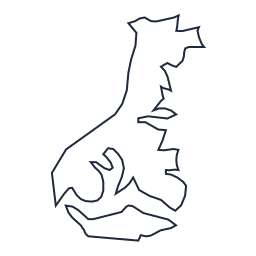 an SVG outline of Auckland Islands
{"feature_id": "NZL-5479", "entity_name": "Auckland Islands", "entity_type": "state/province", "adm_level": 1, "iso_a3": "NZL", "parent_name": "New Zealand", "parent_adm1": "", "projection": "albers", "projection_center": [166.127, -50.717], "detail": "fine", "context": "isolated", "style": "outline", "palette": "slate", "viewbox_px": 256, "rotation_deg": 0, "n_neighbors": 0, "source": "natural_earth", "source_scale": "10m", "svg_char_len": 1742}
<svg xmlns="http://www.w3.org/2000/svg" viewBox="0 0 256 256"><path d="M182.5,60.8L176.2,66.9L171.7,65.3L167.3,63.0L161.0,66.7L164.9,70.9L167.5,76.6L171.0,90.7L168.6,89.5L163.3,88.1L161.0,86.7L162.6,95.3L163.7,98.6L160.8,101.1L153.5,110.4L159.0,108.4L165.0,108.4L171.0,110.5L176.2,114.4L167.4,118.5L148.0,116.3L138.3,118.3L138.3,122.2L145.4,122.2L158.2,129.5L165.9,130.2L162.6,140.3L158.4,149.9L164.1,150.3L173.6,149.0L178.4,149.9L176.8,155.0L176.3,159.9L176.8,165.0L178.4,170.0L175.3,169.6L169.0,170.3L165.9,170.0L165.9,173.9L170.9,174.5L177.4,177.6L183.3,182.0L186.1,185.8L185.1,195.7L181.1,205.4L175.3,210.7L169.7,207.5L161.0,199.9L149.5,195.9L139.1,190.0L133.2,177.5L129.3,183.5L125.1,187.6L115.8,193.7L118.1,186.0L121.7,177.3L123.9,168.3L122.1,159.9L118.1,153.9L113.3,149.1L108.1,148.2L103.3,154.2L106.6,157.3L110.7,162.6L112.7,167.7L109.7,170.0L104.6,168.3L96.1,162.2L90.8,162.1L94.8,167.4L98.6,170.8L101.6,174.8L103.3,181.8L103.3,190.6L101.3,196.7L97.5,200.4L92.1,201.6L85.7,201.1L80.8,199.1L76.6,195.0L72.1,187.8L69.0,188.3L64.3,193.6L55.8,205.6L51.9,172.9L66.1,149.4L115.0,114.4L122.2,104.0L126.8,90.3L128.4,72.6L131.1,59.5L135.5,45.5L136.4,32.8L128.4,23.2L134.8,21.3L139.6,18.5L144.6,17.5L151.0,21.1L156.0,21.5L173.8,17.6L178.6,15.4L177.9,19.1L177.1,27.1L176.3,30.8L182.2,31.1L198.9,27.2L197.5,30.5L199.0,37.3L201.7,43.9L204.1,47.0L188.8,47.0L185.3,48.4L184.2,52.0L183.9,56.4L182.5,60.8ZM143.5,213.1L168.4,219.6L176.0,225.3L170.9,228.1L160.7,230.3L150.8,235.6L145.8,236.3L140.8,235.2L138.3,240.6L88.3,236.3L85.6,233.8L84.0,230.1L80.8,225.3L72.3,217.6L68.6,212.8L65.8,205.6L72.5,206.6L78.3,210.1L88.3,219.1L93.4,219.1L121.5,212.0L126.2,206.8L128.5,205.5L132.6,206.1L143.5,213.1Z" fill="none" stroke="#1e293b" stroke-width="2"/></svg>